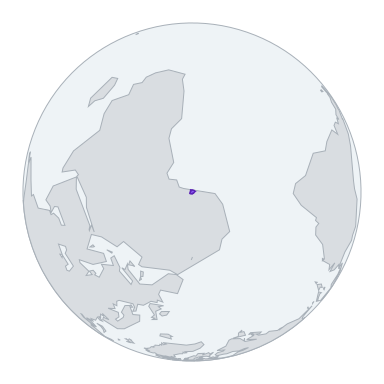 Eastern highlighted on a globe, orthographic projection, rotated 199°
{"feature_id": "GHA-2161", "entity_name": "Eastern", "entity_type": "Region", "adm_level": 1, "iso_a3": "GHA", "parent_name": "Ghana", "parent_adm1": "", "projection": "orthographic", "projection_center": [-0.365, 6.459], "detail": "fine", "context": "on_globe", "style": "filled", "palette": "violet", "viewbox_px": 384, "rotation_deg": 199, "n_neighbors": 0, "source": "natural_earth", "source_scale": "10m", "svg_char_len": 9006}
<svg xmlns="http://www.w3.org/2000/svg" viewBox="0 0 384 384"><g transform="rotate(199 192 192)"><circle cx="192" cy="192" r="169" fill="#eef3f6" stroke="#a8b0b8"/><path d="M132.7,33.8L128.9,35.3L130.8,34.8L127.1,36.4L131.8,34.7L134.8,33.5L137.8,32.4L139.2,32.2L134.8,33.9L133.4,34.3L132.8,34.7L130.0,35.8L132.2,35.1L126.6,37.6L134.1,34.9L131.3,36.7L127.1,38.5L125.0,38.6L110.0,44.7L105.1,47.4L100.2,50.7L96.4,55.8L92.0,59.1L87.9,63.3L91.4,61.1L95.9,57.0L101.5,54.5L106.4,50.4L109.3,49.0L115.3,45.2L117.1,45.7L115.6,48.3L110.7,51.7L109.9,53.2L116.7,50.2L109.8,57.3L108.8,63.9L106.7,66.1L98.7,69.1L93.2,67.9L82.9,73.9L92.3,70.2L86.9,76.5L87.1,77.8L89.0,77.9L92.1,75.6L90.8,78.1L81.0,82.2L82.0,80.0L85.1,78.5L82.5,78.3L75.8,82.0L73.6,85.4L66.0,89.0L64.3,91.6L61.7,94.2L64.9,89.6L59.0,98.3L49.6,107.0L41.4,123.5L46.6,110.1L46.6,108.2L45.9,107.9L44.5,110.5L45.5,107.8L45.4,108.0L52.3,97.0L60.0,86.6L68.5,76.7L77.7,67.6L87.6,59.2L98.1,51.5L109.2,44.7L120.7,38.8L132.7,33.8ZM32.2,137.0L32.2,137.4L34.3,131.9L35.1,131.4L29.5,146.5L30.2,150.0L27.3,161.8L26.8,168.4L28.4,167.5L29.6,171.2L32.2,164.7L35.6,161.8L33.9,171.5L37.2,163.1L38.2,168.3L46.1,169.7L45.0,171.8L51.4,184.9L61.1,191.6L63.4,199.2L61.9,203.5L65.9,205.3L66.0,208.3L84.4,215.0L95.8,223.5L96.8,233.7L90.0,244.5L90.0,268.1L79.4,274.3L80.9,283.6L80.0,296.2L73.0,294.0L79.4,301.2L79.2,304.7L75.8,304.2L79.1,308.9L76.8,308.4L81.0,311.9L83.1,317.1L89.3,322.3L92.3,326.3L96.5,329.3L95.5,329.0L95.9,329.7L97.9,331.3L92.3,327.9L84.1,321.3L81.2,318.3L79.8,317.4L73.1,309.4L73.7,310.8L63.1,297.8L57.1,287.2L42.8,254.9L39.4,248.0L33.6,239.0L26.1,212.9L26.1,203.3L25.4,198.2L27.9,185.1L28.6,171.7L28.0,169.5L26.7,174.0L26.1,164.6L27.8,154.3L28.8,148.3L32.2,137.0ZM38.8,129.1L39.8,138.8L36.9,138.9L37.9,137.5L38.1,133.8L37.8,130.0L35.9,131.0L38.8,129.1ZM44.5,120.6L44.1,119.7L44.8,119.9L44.5,120.6ZM113.9,45.3L114.6,45.3L113.1,45.9L113.9,45.3ZM115.9,43.8L113.7,44.7L114.3,44.1L115.7,43.6L115.9,43.8ZM118.4,43.0L115.7,43.1L116.8,42.2L122.8,39.6L118.4,43.0ZM135.1,33.2L132.0,34.5L133.4,33.8L135.1,33.2ZM146.5,29.3L145.3,29.6L141.4,30.8L145.4,29.6L135.3,33.0L135.1,32.9L146.5,29.3ZM139.2,32.0L138.6,32.0L143.2,30.4L145.1,30.2L143.0,30.7L139.2,32.0ZM142.7,30.9L145.9,30.1L145.0,30.7L140.0,31.9L142.7,30.9ZM143.6,30.2L145.9,29.5L145.2,29.8L143.6,30.2ZM143.6,33.0L142.9,32.7L145.2,31.8L143.6,33.0ZM147.2,29.8L147.5,29.6L148.3,29.3L150.2,29.0L147.2,29.8ZM154.7,27.2L156.2,26.9L151.9,28.0L154.8,27.3L155.6,27.1L151.1,28.2L151.7,27.9L153.1,27.6L154.7,27.2ZM154.7,27.8L150.0,29.5L150.8,30.1L148.8,30.8L147.8,29.8L154.7,27.8ZM153.0,27.9L153.6,28.0L150.7,28.7L148.6,29.1L153.0,27.9ZM158.7,26.4L159.5,26.2L158.1,26.5L158.7,26.4ZM155.5,27.8L156.6,27.5L155.9,27.8L155.5,27.8ZM158.9,26.5L157.8,26.6L159.0,26.4L158.9,26.5ZM159.7,26.7L158.2,27.2L156.7,27.4L159.7,26.7ZM159.8,26.5L161.7,26.1L157.1,27.2L159.1,26.6L159.8,26.5ZM160.2,26.2L160.6,26.1L160.2,26.2ZM166.3,26.0L160.8,27.3L157.5,27.6L163.3,26.2L166.3,26.0ZM103.7,334.6L93.7,328.9L98.4,331.6L96.8,329.7L103.7,333.7L103.7,334.6ZM100.9,329.7L101.8,328.9L103.5,329.9L103.2,330.7L100.9,329.7ZM349.0,129.5L347.7,126.5L349.0,131.3L352.4,149.0L355.8,165.0L355.6,172.7L348.1,150.8L342.5,136.0L341.1,138.0L332.2,126.7L320.7,128.2L317.9,124.7L316.0,126.9L309.5,123.9L304.7,118.1L301.3,119.1L313.9,134.3L317.3,133.5L318.5,126.7L321.5,132.5L327.6,137.0L325.2,152.5L306.2,168.6L302.4,156.9L277.5,126.8L277.1,123.2L276.9,122.8L276.5,122.1L276.3,128.0L271.4,122.3L286.8,143.1L290.2,152.6L306.0,169.4L305.0,171.4L309.5,174.8L321.3,168.6L321.8,172.7L317.4,192.3L299.3,220.3L300.6,237.5L297.3,252.5L283.5,263.4L282.3,274.7L274.8,279.2L272.6,285.7L265.2,292.8L253.8,299.9L236.9,301.1L237.8,295.5L232.4,284.8L225.7,258.0L232.0,245.1L231.3,235.3L218.9,214.0L221.8,201.7L217.9,196.7L210.4,198.4L205.7,192.5L201.0,192.6L169.7,198.0L159.0,190.4L143.5,166.9L148.3,157.2L147.2,146.3L178.7,109.2L187.6,110.8L215.0,105.0L218.9,106.1L218.1,114.2L240.6,122.9L245.0,115.8L262.9,120.1L273.3,119.1L272.7,104.0L255.6,105.2L250.3,98.4L262.0,91.3L276.5,91.3L274.9,88.7L263.7,83.5L264.9,78.6L259.5,81.4L263.3,83.8L260.0,85.8L256.4,83.8L257.0,82.0L252.0,81.2L250.5,90.8L254.1,94.2L242.4,96.9L247.3,103.1L244.8,106.4L235.6,97.2L234.9,93.6L219.5,84.7L219.2,88.5L233.7,97.5L230.1,96.9L229.7,103.0L227.2,98.0L211.4,88.0L199.5,91.2L187.8,107.0L180.0,108.8L171.9,106.3L172.6,91.2L189.8,89.0L190.3,84.4L183.8,78.4L189.6,78.5L189.0,76.1L195.2,75.3L201.0,69.1L206.8,68.2L206.2,61.2L209.1,60.0L208.7,64.3L211.5,67.1L225.7,65.8L227.6,64.2L226.0,60.0L230.1,60.6L226.8,56.7L233.5,54.8L222.5,54.2L220.4,50.1L222.9,46.9L220.2,45.7L216.2,51.0L216.3,53.4L219.6,55.4L218.4,62.8L214.1,64.4L208.0,56.9L201.3,58.6L199.4,52.7L211.5,40.6L218.0,38.5L234.9,42.4L235.0,44.7L229.0,44.2L237.2,48.0L235.3,46.0L238.7,46.7L237.5,43.7L239.9,44.1L234.7,40.7L237.5,40.9L240.7,43.0L241.4,39.4L246.3,39.5L245.3,38.6L242.9,37.6L250.8,38.8L249.7,38.1L246.7,37.4L242.6,35.6L238.4,33.3L241.4,33.8L243.3,34.7L251.8,37.8L256.4,40.7L257.2,40.7L253.9,38.4L243.5,34.6L240.2,33.0L245.1,34.5L243.1,33.8L242.3,33.3L244.4,33.4L239.0,31.8L226.8,26.9L229.6,27.3L235.3,28.7L234.3,28.4L245.9,31.9L257.4,36.2L268.4,41.3L279.1,47.2L289.3,53.9L299.0,61.3L308.2,69.3L316.8,78.1L324.7,87.4L331.9,97.2L338.3,107.5L344.0,118.3L349.0,129.5ZM170.6,127.5L170.4,130.7L170.6,127.5ZM293.9,99.4L301.3,99.3L294.4,90.7L296.7,90.2L293.5,87.7L293.9,90.1L285.6,83.4L287.5,80.7L284.8,77.3L282.2,77.2L280.0,83.3L291.9,92.7L291.7,96.4L293.9,99.4ZM46.4,169.6L47.1,171.7L45.7,171.5L46.4,169.6ZM35.3,142.6L36.1,143.2L36.1,144.9L35.3,145.1L35.3,142.6ZM44.8,145.8L46.3,147.1L44.2,147.4L44.8,145.8ZM40.2,140.1L43.6,145.2L39.7,147.1L37.8,144.1L39.8,143.8L40.2,140.1ZM41.7,125.8L41.9,126.6L41.0,128.3L41.7,125.8ZM45.0,120.8L44.7,120.8L45.1,119.4L45.0,120.8ZM87.5,76.2L88.2,76.0L89.5,76.6L87.8,77.4L87.5,76.2ZM102.1,73.7L99.7,77.8L100.2,75.3L97.4,76.9L94.8,74.0L105.6,67.1L101.2,70.5L102.1,73.7ZM94.5,68.9L94.8,71.0L94.0,69.0L94.5,68.9ZM179.9,65.0L183.0,66.2L182.0,69.0L174.6,71.6L175.9,67.4L179.9,65.0ZM187.5,67.4L183.5,60.0L187.9,58.5L186.1,60.5L189.5,60.3L187.5,63.5L195.7,69.9L195.3,72.9L181.8,75.2L186.4,72.6L183.1,71.4L187.5,67.4ZM165.3,48.2L163.7,46.3L175.5,45.5L175.7,47.5L168.3,49.8L163.7,48.9L165.3,48.2ZM129.4,38.9L128.0,39.1L129.3,38.4L131.5,37.8L129.4,38.9ZM143.1,32.9L136.9,37.8L135.0,38.1L133.7,41.2L128.1,43.4L129.1,41.2L123.8,45.6L122.5,44.5L119.5,47.5L122.4,42.4L121.0,42.0L124.7,41.5L129.8,39.4L131.7,38.3L135.8,35.3L135.4,34.0L140.4,32.1L144.1,31.2L145.0,31.2L141.5,32.3L145.2,31.6L140.7,33.3L143.1,32.9ZM184.5,27.7L180.0,27.9L186.7,28.9L182.3,29.6L183.4,29.7L181.1,30.8L180.2,32.5L177.8,32.8L178.5,33.3L177.0,34.3L177.1,35.2L172.9,36.2L172.7,37.6L170.8,37.3L171.6,39.4L169.1,38.3L166.9,39.8L170.5,40.1L147.4,45.4L139.7,49.3L134.5,53.4L131.0,51.6L133.5,46.9L139.3,41.6L147.3,38.5L144.2,38.5L147.1,37.1L148.3,37.7L148.2,36.0L150.9,35.1L156.1,32.0L154.2,30.8L156.1,29.8L158.2,29.8L158.5,28.9L163.7,28.4L165.2,27.8L171.7,27.1L174.9,27.9L176.3,27.2L181.3,26.9L184.5,27.7ZM168.2,25.7L173.0,26.0L173.0,26.7L161.6,27.8L159.5,28.4L152.2,29.7L152.5,28.8L154.5,28.5L156.6,28.0L155.7,28.5L158.0,27.7L160.9,27.3L163.4,26.7L164.3,26.9L168.2,25.7ZM221.8,102.9L224.4,103.1L228.3,102.5L228.2,106.6L221.8,102.9ZM210.9,96.2L213.1,95.5L214.8,100.5L212.0,100.5L210.9,96.2ZM212.9,91.2L213.1,95.1L211.4,93.0L212.9,91.2ZM210.6,63.7L212.8,63.0L213.6,63.9L213.0,65.5L210.6,63.7ZM203.6,32.7L201.0,32.2L201.3,31.8L197.7,30.2L200.7,29.8L204.1,30.6L203.6,32.7ZM270.6,106.8L268.5,109.8L266.5,108.6L267.7,107.7L270.6,106.8ZM247.9,108.1L253.8,109.6L247.8,109.2L247.9,108.1ZM206.3,31.9L204.4,31.2L207.1,31.5L206.3,31.9ZM202.7,29.4L205.6,29.5L200.7,29.5L202.7,29.4ZM296.5,322.4L295.1,324.1L293.9,324.6L296.5,322.4ZM318.4,247.7L304.9,274.4L299.2,275.2L300.0,267.8L306.3,251.8L313.6,246.6L317.8,239.1L318.4,247.7ZM356.2,166.4L358.2,175.7L357.8,177.6L356.2,166.4ZM229.4,30.6L231.1,33.0L234.3,35.2L239.3,36.9L233.0,35.9L228.1,32.5L229.4,30.6ZM226.8,27.2L222.5,26.2L223.8,26.4L225.0,26.6L226.8,27.2ZM224.6,26.8L220.3,26.4L217.5,25.7L221.5,26.2L224.6,26.8ZM213.5,28.2L213.8,28.9L211.6,28.6L213.5,28.2Z" fill="#d9dde1" stroke="#a8b0b8" stroke-width="1"/><path d="M189.4,193.4L189.5,193.3L189.5,193.2L189.6,192.9L189.6,192.7L189.8,192.4L189.9,192.1L190.3,191.7L190.5,191.5L190.4,191.5L190.4,191.4L190.3,191.2L190.5,191.1L191.3,190.3L191.3,190.2L191.7,190.2L191.8,190.2L192.0,190.1L192.2,189.9L192.3,189.9L193.2,189.9L193.3,189.9L193.5,189.9L193.7,190.1L193.7,190.3L193.7,190.5L193.5,190.8L193.5,191.0L193.7,191.3L193.5,191.5L193.4,191.7L193.4,191.8L193.5,191.8L193.6,192.0L193.6,192.4L193.6,192.5L193.4,192.6L193.4,192.8L193.5,193.1L193.8,193.1L194.0,193.2L194.0,193.5L193.9,193.7L193.7,193.7L193.4,193.5L193.4,193.4L193.2,193.4L193.1,193.5L193.0,193.4L192.9,193.4L192.9,193.6L192.7,193.7L192.7,193.8L192.6,194.0L192.4,194.0L192.2,194.1L191.9,194.1L191.7,194.0L191.4,194.1L190.9,194.1L190.5,194.1L190.4,194.1L190.2,194.1L189.8,194.0L189.7,193.9L189.6,193.7L189.4,193.6L189.5,193.5L189.5,193.4L189.4,193.4Z" fill="#8b5cf6" stroke="#5b21b6" stroke-width="1.5"/></g></svg>